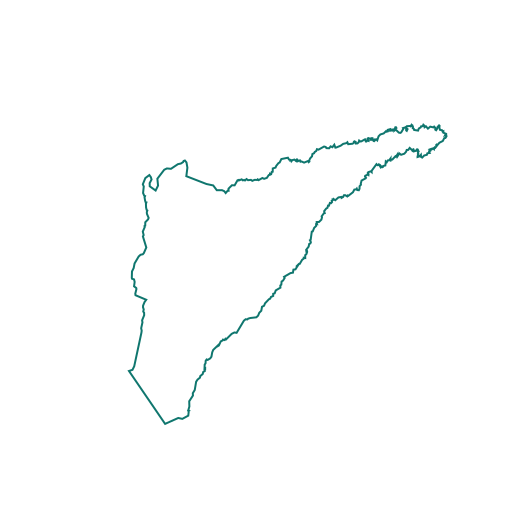 outline of Nova Ubiratã, Mato Grosso, Brazil, rotated 22°
{"feature_id": "56859067B8352278132319", "entity_name": "Nova Ubiratã", "entity_type": "district", "adm_level": 2, "iso_a3": "BRA", "parent_name": "Brazil", "parent_adm1": "Mato Grosso", "projection": "equal_earth", "projection_center": [-54.56, -12.966], "detail": "fine", "context": "isolated", "style": "outline", "palette": "teal", "viewbox_px": 512, "rotation_deg": 22, "n_neighbors": 0, "source": "geoboundaries", "source_scale": "gbopen_adm2", "svg_char_len": 6060}
<svg xmlns="http://www.w3.org/2000/svg" viewBox="0 0 512 512"><g transform="rotate(22 256 256)"><path d="M347.2,81.0L346.5,80.6L344.4,82.3L345.0,82.8L344.3,87.0L343.7,87.8L342.2,88.1L338.3,86.5L337.5,87.7L337.3,86.2L338.2,84.7L337.6,84.2L337.0,84.4L337.0,85.8L335.6,88.4L334.8,87.9L334.6,88.9L333.4,89.6L332.8,88.2L331.0,89.6L331.6,91.0L330.4,91.9L329.8,91.5L328.5,94.5L325.8,96.7L324.8,99.1L325.1,103.4L323.6,102.8L322.5,105.3L322.0,105.3L321.6,103.9L320.4,104.7L319.8,103.2L318.8,103.6L318.9,105.0L318.5,105.4L318.2,104.5L315.9,104.6L315.5,105.3L316.9,107.2L315.8,107.3L315.5,108.5L314.9,108.7L313.6,106.9L313.2,107.1L310.8,110.2L309.9,110.7L308.4,110.3L308.6,112.0L307.9,113.6L306.4,114.3L305.7,112.9L304.3,112.8L304.0,113.4L304.5,114.0L303.5,115.7L299.6,117.8L298.1,116.3L297.5,117.5L294.8,119.4L293.2,122.0L289.7,125.4L289.0,125.8L286.9,123.5L286.1,126.5L284.1,126.4L283.5,128.7L280.9,129.6L279.8,128.8L278.1,129.0L274.1,134.0L272.5,134.1L272.5,136.1L271.5,137.5L271.3,139.0L270.1,140.3L270.6,142.6L269.6,145.3L269.6,147.9L270.1,148.4L269.7,149.2L268.7,148.4L265.6,151.4L262.6,151.3L261.9,151.9L260.9,150.9L259.7,152.0L258.7,151.5L258.9,152.8L258.4,153.0L257.4,151.9L257.1,152.8L255.5,152.2L253.8,153.5L253.4,154.7L252.9,154.0L252.0,154.7L251.6,154.0L250.4,154.2L248.8,152.9L243.2,156.6L242.9,160.4L242.0,161.5L241.0,164.9L241.0,166.7L238.9,168.4L238.5,167.8L239.9,171.6L239.1,172.2L239.4,174.3L238.1,174.4L238.5,175.5L237.5,176.2L236.8,179.5L234.6,181.4L232.7,181.3L230.0,184.7L228.9,184.3L228.7,185.0L226.2,185.9L224.4,187.7L222.8,187.3L220.2,188.7L218.4,188.2L217.5,190.1L216.5,189.9L215.5,190.8L214.0,190.3L211.9,192.3L211.5,191.9L210.5,192.7L209.7,198.5L207.2,199.4L205.3,203.8L206.1,205.8L205.3,206.0L204.3,209.0L202.3,207.8L199.8,207.7L195.0,209.7L189.9,206.6L183.1,207.8L161.5,208.1L159.3,199.8L156.5,195.3L154.3,194.1L153.3,195.0L153.2,196.3L151.7,198.4L149.2,200.1L144.5,207.0L140.6,208.2L138.6,210.4L135.6,221.3L138.8,227.4L138.4,232.9L131.4,231.2L130.1,228.3L130.5,224.2L129.0,222.3L126.8,220.9L124.2,225.2L124.2,231.9L125.9,233.6L127.7,239.9L129.8,242.0L130.7,242.0L130.7,243.4L132.5,246.3L133.7,247.7L134.3,247.5L134.4,248.9L135.9,252.2L137.3,254.2L138.2,254.5L138.3,256.2L139.1,257.8L142.2,260.9L142.2,262.5L140.7,266.2L141.9,269.3L141.4,270.0L142.0,270.9L141.9,275.8L144.0,278.7L143.8,280.2L151.1,289.2L150.9,295.4L150.4,296.8L148.5,298.1L147.4,300.4L146.2,308.4L147.1,313.0L146.8,316.8L149.0,322.7L149.5,323.5L151.7,323.4L153.2,325.5L154.3,329.8L156.9,330.5L157.5,331.4L158.2,336.2L159.0,337.5L170.6,337.7L169.9,340.5L169.9,344.3L170.4,345.8L171.9,347.6L172.3,349.8L173.5,350.5L174.5,352.8L174.5,358.3L175.6,360.1L176.6,366.0L178.0,368.1L178.5,370.1L184.4,403.9L184.1,407.8L181.3,410.2L234.6,445.7L244.6,435.3L248.7,434.6L253.0,429.4L252.0,425.8L251.1,424.8L251.6,424.4L251.0,424.2L250.6,420.5L248.5,415.7L249.8,409.0L248.8,406.9L249.4,403.2L247.6,395.0L248.1,392.5L249.6,389.8L249.3,388.2L250.8,385.4L250.5,383.3L251.6,381.9L251.0,380.9L251.4,380.4L250.9,379.1L250.4,379.6L249.1,375.9L249.4,374.4L248.6,372.0L249.0,370.4L250.1,370.5L251.9,368.1L252.4,366.1L251.5,361.7L251.5,359.1L254.2,353.1L254.5,353.7L255.1,352.9L255.3,348.4L256.7,346.8L256.7,345.9L258.4,345.7L258.7,344.2L259.5,344.5L262.6,337.3L264.6,335.0L266.8,334.5L269.0,320.5L270.1,318.5L271.7,318.1L272.2,317.0L274.0,315.6L279.3,312.7L280.3,310.5L280.3,307.4L281.4,304.8L280.6,300.8L282.1,299.1L282.1,296.5L284.2,291.2L285.1,290.3L285.2,288.4L286.9,286.6L286.1,284.6L287.3,283.6L287.2,280.5L290.5,276.2L289.6,274.2L290.2,273.1L289.3,270.1L290.3,268.6L290.8,265.6L289.8,264.8L294.4,258.9L296.5,257.6L295.8,254.6L297.6,253.6L298.0,251.2L297.5,250.2L298.1,248.8L298.4,249.2L298.8,247.2L299.5,246.9L300.2,242.2L301.2,240.6L300.9,239.7L302.4,239.4L301.3,236.8L302.0,235.4L301.9,233.0L301.5,232.4L301.0,232.9L300.2,231.5L301.3,227.6L300.8,224.9L301.7,224.0L301.7,222.6L300.1,221.2L300.6,220.5L298.6,212.5L299.4,211.9L299.4,208.1L300.5,205.6L299.9,204.2L300.7,203.8L299.8,203.0L300.2,202.3L299.7,201.7L301.7,200.8L303.0,197.8L302.7,195.4L302.0,194.6L303.0,190.8L303.6,190.5L302.4,188.9L303.3,185.7L304.2,184.6L303.9,182.3L304.8,182.0L304.6,179.1L305.8,178.9L306.3,177.5L305.5,176.5L306.2,175.5L305.9,174.9L306.5,174.8L306.5,174.1L308.6,174.6L310.5,170.8L313.1,169.2L313.6,170.0L314.7,168.6L314.8,166.7L316.0,166.2L318.2,166.6L318.3,165.6L319.0,165.7L322.0,160.6L322.3,157.6L324.0,156.6L324.2,155.8L325.2,156.9L326.7,156.5L326.8,154.9L325.9,152.5L326.6,150.6L326.1,149.9L325.6,146.5L328.6,142.9L328.7,142.3L327.3,141.5L327.2,140.7L329.3,138.5L329.9,138.7L329.7,137.9L328.5,137.2L328.7,136.2L330.7,134.5L331.8,134.9L331.3,133.7L333.3,125.7L334.6,126.3L335.7,125.7L335.7,125.0L336.9,125.2L337.1,126.1L338.3,127.0L338.5,126.0L339.7,126.5L340.3,125.9L340.2,124.9L342.0,123.6L340.9,119.7L342.1,120.1L342.4,118.0L343.6,117.4L344.1,115.5L344.5,117.0L345.1,117.1L345.2,115.8L346.3,115.5L347.9,111.3L348.5,111.5L349.1,108.7L349.9,110.4L350.6,107.2L352.6,107.8L355.2,105.6L356.1,103.1L356.0,101.2L357.4,100.6L358.0,98.2L360.8,99.3L362.0,98.1L362.6,98.7L362.2,100.0L362.9,100.1L364.7,98.7L365.4,96.7L366.1,96.7L366.8,97.4L365.7,97.4L365.6,98.0L366.6,98.3L368.0,100.0L367.8,100.7L368.3,101.5L369.0,101.7L368.4,102.9L368.7,103.7L370.5,102.2L371.0,100.5L371.9,102.3L373.2,102.5L374.3,99.8L376.5,98.2L376.4,96.6L378.4,95.4L377.4,94.6L377.3,93.4L378.3,93.1L378.4,92.2L377.3,92.0L378.6,90.8L379.3,90.9L379.8,89.9L381.0,90.3L380.7,89.1L381.0,88.3L381.7,88.5L382.3,86.4L381.5,85.7L381.8,84.9L382.7,85.0L383.6,82.3L386.1,79.4L386.4,76.2L387.4,75.6L387.8,73.7L387.1,72.6L386.1,73.4L386.3,71.5L383.6,71.5L383.0,70.1L382.4,70.7L381.4,69.7L379.3,70.1L377.9,68.2L377.4,66.5L376.8,66.3L376.0,68.4L376.3,69.8L375.9,71.9L374.9,71.7L374.2,70.0L372.7,69.3L372.3,70.3L369.1,70.8L367.7,73.5L365.0,72.1L364.1,73.4L363.3,72.1L362.0,71.6L361.9,73.2L360.5,73.9L360.5,75.1L359.2,76.8L359.3,79.0L355.4,79.9L354.6,78.9L353.5,78.8L353.2,77.5L352.1,76.4L351.3,77.5L350.9,76.8L350.7,77.5L347.3,79.1L347.2,81.0ZM347.2,81.0L349.0,81.6L348.9,83.5L348.2,83.3L347.2,81.0Z" fill="none" stroke="#0f766e" stroke-width="2"/></g></svg>